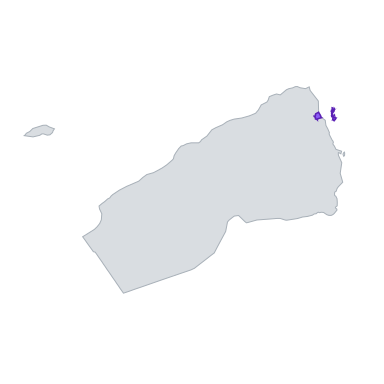 location of Al Khukhah, Al Hudaydah, Yemen, rotated 171°
{"feature_id": "15242507B44327302396722", "entity_name": "Al Khukhah", "entity_type": "district", "adm_level": 2, "iso_a3": "YEM", "parent_name": "Yemen", "parent_adm1": "Al Hudaydah", "projection": "orthographic", "projection_center": [42.797, 13.833], "detail": "fine", "context": "in_parent", "style": "filled", "palette": "violet", "viewbox_px": 384, "rotation_deg": 171, "n_neighbors": 0, "source": "geoboundaries", "source_scale": "gbopen_adm2", "svg_char_len": 6020}
<svg xmlns="http://www.w3.org/2000/svg" viewBox="0 0 384 384"><g transform="rotate(171 192 192)"><path d="M307.0,164.9L294.3,170.3L291.0,172.6L288.1,175.3L285.9,178.7L284.5,184.6L286.0,189.8L286.0,192.7L282.7,194.7L279.7,196.2L276.3,198.4L274.2,199.0L272.5,200.7L270.6,201.9L263.4,205.2L255.6,207.8L243.0,211.0L238.2,214.1L233.9,216.3L227.1,217.1L217.9,220.3L212.8,222.7L206.5,226.6L205.1,227.8L204.0,230.6L202.1,233.0L198.3,237.0L195.5,239.1L193.5,239.2L189.8,240.4L185.3,240.7L177.7,239.5L175.8,240.5L174.3,242.1L168.5,244.9L162.7,250.3L158.4,251.8L151.4,253.6L146.6,255.9L143.3,256.8L139.0,257.4L131.2,257.3L123.7,258.2L116.9,259.8L113.6,262.6L110.0,267.2L104.0,269.1L102.5,270.7L100.7,274.1L96.8,275.0L93.2,275.6L89.6,274.1L82.8,278.2L80.2,278.9L76.3,279.1L73.5,279.9L71.5,279.7L69.0,278.1L63.7,276.3L59.8,277.5L59.4,273.7L53.0,262.1L54.3,252.0L54.3,250.6L53.0,246.1L49.2,242.0L49.3,236.8L48.0,233.1L47.0,229.2L47.4,228.2L47.4,227.3L45.5,221.4L44.8,220.2L44.6,218.9L45.2,218.0L45.2,216.9L44.2,215.1L43.1,211.6L37.9,208.9L39.0,206.4L40.0,207.3L41.3,208.0L41.6,206.4L41.6,205.2L39.5,197.5L42.7,187.3L41.6,178.1L46.5,174.4L47.7,173.3L48.4,172.3L49.5,170.2L51.1,169.5L51.6,167.3L51.6,166.2L50.6,165.3L49.8,162.7L50.1,159.4L50.3,158.1L50.8,155.6L52.5,154.7L52.9,153.9L51.6,152.4L51.7,151.4L54.6,148.8L55.7,148.0L57.6,147.2L59.0,147.2L60.7,147.6L62.2,148.4L63.7,149.7L65.2,151.2L67.6,151.8L69.2,151.6L70.5,152.3L71.6,151.9L72.8,151.1L74.8,151.2L76.6,150.3L81.8,149.8L86.7,150.0L91.9,149.3L97.0,149.3L102.3,149.3L103.4,149.4L104.5,149.8L109.0,152.1L112.3,152.6L119.0,153.1L126.1,153.7L132.3,154.2L137.6,153.6L141.9,153.1L143.1,153.1L144.4,154.5L147.1,158.1L149.7,161.5L154.0,161.6L156.7,160.2L159.8,158.4L161.6,156.9L163.6,151.4L164.9,147.8L168.0,143.7L170.6,140.3L174.0,135.8L175.9,133.3L179.6,128.3L183.2,126.4L190.2,122.5L197.0,118.8L201.5,116.3L205.3,115.2L211.7,114.1L219.2,112.8L226.7,111.5L234.7,110.1L243.6,108.5L249.7,107.4L257.5,106.0L263.9,104.9L269.6,103.8L275.5,102.8L276.8,105.4L278.1,108.0L279.3,110.7L280.6,113.3L281.8,116.0L283.1,118.6L284.4,121.3L285.6,123.9L286.9,126.6L288.2,129.2L289.4,131.9L290.7,134.5L291.9,137.2L293.2,139.8L294.5,142.5L295.7,145.1L297.0,147.7L298.8,148.5L300.0,151.0L301.8,154.5L303.5,157.9L305.2,161.4L307.0,164.9ZM329.5,272.6L331.1,272.9L333.5,271.8L340.4,271.3L348.9,273.9L347.4,274.8L346.5,275.9L342.8,277.1L339.3,279.6L328.7,281.2L325.5,280.8L322.8,278.6L318.0,275.9L319.8,274.0L320.1,273.1L320.8,272.3L323.4,270.7L326.1,270.8L329.5,272.6ZM41.3,243.1L40.9,243.7L40.5,243.5L38.8,242.1L40.6,240.5L41.6,242.0L41.3,243.1ZM36.1,207.0L35.3,207.6L35.1,206.6L35.6,204.2L36.5,203.5L37.0,205.3L36.7,206.2L36.1,207.0ZM40.5,250.3L38.7,251.1L39.9,249.0L41.1,248.6L41.5,248.6L40.5,250.3Z" fill="#d9dde1" stroke="#a8b0b8" stroke-width="1"/><path d="M59.2,247.0L58.6,246.6L58.4,246.3L58.4,245.5L58.4,245.4L58.6,245.3L58.7,245.1L58.7,244.9L58.4,244.7L58.1,244.5L57.7,244.5L57.6,244.4L57.3,244.1L57.0,243.7L57.0,243.9L56.5,244.5L56.3,244.4L56.2,244.4L55.8,244.7L54.9,244.9L53.2,245.0L52.6,245.1L52.9,245.3L53.0,245.6L53.0,246.0L52.9,246.3L53.0,246.5L53.1,246.8L53.1,247.0L53.1,246.8L53.0,246.6L52.9,246.7L53.0,246.9L53.0,247.0L53.1,247.3L53.2,247.5L53.3,247.7L53.4,248.2L53.8,249.2L53.9,249.4L54.1,249.8L54.2,250.0L54.3,250.3L54.4,250.7L54.5,251.0L55.8,250.5L57.6,249.9L58.0,249.3L57.9,248.6L58.2,248.1L58.3,247.9L58.6,247.8L59.6,247.9L59.6,247.7L59.3,247.4L59.2,247.3L59.2,247.0ZM40.7,240.5L40.6,240.4L40.5,240.5L40.4,240.4L40.2,240.5L39.9,240.7L39.7,240.8L39.6,241.0L39.4,241.1L39.2,241.2L39.2,241.3L39.2,241.2L39.4,241.1L39.2,241.5L38.8,241.7L38.8,241.8L38.6,242.0L38.4,242.2L38.5,242.2L38.7,242.3L38.6,242.6L38.8,242.6L39.0,242.7L39.3,242.9L39.4,243.0L39.3,243.3L39.6,243.3L39.7,243.5L39.9,243.6L40.0,243.6L40.4,243.6L40.7,243.7L40.6,243.8L40.4,243.9L40.3,244.1L40.2,244.3L40.3,244.4L40.2,244.7L40.3,244.8L40.5,244.7L40.4,244.7L40.5,244.5L40.6,244.4L40.8,244.3L40.8,244.7L40.8,244.8L41.0,244.8L41.2,244.7L41.3,244.6L41.2,244.6L41.1,244.4L40.9,244.3L41.0,244.2L41.2,243.9L41.2,243.7L41.1,243.3L41.1,243.2L41.2,242.8L41.4,242.6L41.3,242.4L41.3,242.2L41.4,241.9L41.3,241.7L41.5,241.5L41.3,241.5L41.3,241.3L41.2,241.3L41.3,241.3L41.2,241.1L41.1,240.9L40.9,240.8L40.8,240.7L40.8,240.8L40.8,240.7L40.7,240.6L40.7,240.5ZM41.2,248.3L41.1,248.2L41.1,248.4L40.9,248.4L40.9,248.5L40.6,248.6L40.3,248.7L40.3,248.8L40.2,248.8L39.9,248.9L39.9,249.0L39.7,249.2L39.4,249.3L39.2,249.5L39.0,250.0L39.1,250.3L39.1,250.5L38.9,250.5L38.7,250.6L38.5,250.9L38.6,251.0L38.4,251.0L38.2,251.2L38.1,251.3L38.2,251.5L38.3,251.7L38.3,251.8L38.4,251.7L38.5,251.7L38.8,251.6L38.8,251.4L39.0,251.4L39.0,251.2L39.3,251.0L39.6,251.0L39.8,251.0L39.9,250.9L40.0,250.9L40.1,250.7L40.3,250.4L40.5,250.2L40.4,250.1L40.5,250.0L40.5,249.8L40.6,249.7L40.7,249.8L40.7,249.7L40.8,249.6L41.0,249.6L40.9,249.3L41.0,249.1L41.0,248.9L41.1,248.7L41.3,248.5L41.1,248.4L41.2,248.3ZM41.9,245.6L41.7,245.7L41.3,245.8L41.1,246.0L40.9,246.3L41.0,246.4L41.0,246.6L41.3,246.5L41.5,246.4L41.7,246.2L41.8,245.9L41.9,245.7L41.9,245.6ZM40.2,252.3L40.0,252.2L40.0,252.3L39.8,252.7L39.7,252.8L39.7,253.0L39.9,252.9L40.1,253.0L40.0,252.7L40.0,252.4L40.2,252.3ZM40.4,251.6L40.2,251.8L40.2,252.0L40.4,251.8L40.4,251.7L40.4,251.6ZM41.3,247.9L41.2,248.0L41.3,248.2L41.3,247.9ZM41.5,250.3L41.5,250.2L41.4,250.0L41.5,250.3ZM39.5,243.5L39.4,243.4L39.4,243.5L39.3,243.8L39.4,243.7L39.5,243.5L39.5,243.5ZM41.9,250.1L41.8,249.9L41.7,250.1L41.8,250.2L41.9,250.1ZM42.2,245.9L42.2,245.7L42.1,245.8L42.1,246.0L42.2,245.9ZM40.6,240.1L40.5,239.9L40.5,240.1L40.6,240.1ZM38.9,243.4L38.8,243.5L38.9,243.4L38.9,243.5L39.0,243.5L38.9,243.5L39.0,243.5L38.9,243.4ZM39.4,245.4L39.3,245.5L39.3,245.4L39.4,245.4ZM40.3,252.1L40.2,252.1L40.3,252.1ZM42.1,240.2L42.1,240.3L42.1,240.2ZM40.4,251.0L40.3,250.9L40.3,251.0L40.4,251.0ZM42.0,246.3L42.0,246.2L42.0,246.3ZM41.8,247.9L41.7,248.0L41.8,248.0L41.8,247.9L41.8,248.0L41.8,247.9ZM36.3,252.0L36.3,251.9L36.3,252.0L36.3,252.0ZM42.1,245.3L42.1,245.2L42.1,245.4L42.1,245.3Z" fill="#8b5cf6" stroke="#5b21b6" stroke-width="1.5"/></g></svg>